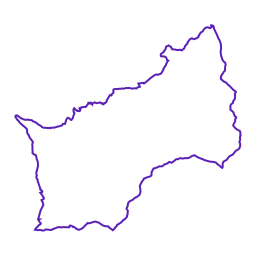 Dragoslavele, Arges, Romania (Albers equal-area conic projection)
{"feature_id": "2599482B51563470344837", "entity_name": "Dragoslavele", "entity_type": "district", "adm_level": 2, "iso_a3": "ROU", "parent_name": "Romania", "parent_adm1": "Arges", "projection": "albers", "projection_center": [25.232, 45.358], "detail": "fine", "context": "isolated", "style": "outline", "palette": "violet", "viewbox_px": 256, "rotation_deg": 0, "n_neighbors": 0, "source": "geoboundaries", "source_scale": "gbopen_adm2", "svg_char_len": 5775}
<svg xmlns="http://www.w3.org/2000/svg" viewBox="0 0 256 256"><path d="M222.9,168.3L222.5,167.6L222.7,165.7L222.7,163.5L222.9,162.9L223.6,161.5L226.6,159.9L229.0,156.7L230.7,155.6L232.9,154.5L235.9,150.6L237.1,150.2L238.9,148.8L239.5,148.2L239.8,147.2L240.2,145.4L240.1,143.5L239.4,142.1L240.2,139.2L239.9,137.3L240.6,135.5L240.2,134.8L240.5,133.7L240.1,131.5L239.9,131.1L236.6,129.2L235.2,128.0L233.3,125.8L233.3,124.7L234.7,122.3L235.1,121.3L235.2,119.2L236.1,117.8L236.2,117.3L235.9,116.8L235.0,116.3L234.5,115.8L234.5,115.2L233.9,114.1L233.6,112.6L232.2,111.1L230.5,109.8L230.3,109.3L230.5,108.1L230.3,106.3L230.5,105.5L231.2,104.3L233.0,102.8L233.2,101.1L234.3,99.8L234.9,98.6L235.1,96.0L234.9,93.5L235.9,92.0L235.1,91.0L234.0,90.4L232.5,89.0L229.1,85.5L227.8,84.6L227.0,83.5L225.7,82.3L224.7,82.0L222.5,80.6L222.2,79.9L221.2,79.3L220.8,78.6L221.1,76.2L221.4,75.4L222.9,73.4L223.8,71.7L224.8,70.9L225.0,70.5L225.1,66.9L225.6,65.3L225.5,63.7L225.1,62.6L223.6,61.4L222.3,59.5L221.8,57.6L221.2,56.0L220.7,53.0L220.7,51.2L221.1,47.8L220.9,46.5L220.9,44.4L220.7,43.6L219.5,40.2L218.0,37.7L217.6,36.2L214.1,28.8L213.7,26.8L213.1,25.8L212.3,25.4L211.0,25.4L211.1,25.9L211.7,27.0L211.6,27.3L211.2,27.6L209.5,28.1L208.1,27.3L207.2,27.3L206.3,27.5L204.6,28.5L203.7,29.6L202.8,31.3L201.1,32.3L200.0,33.6L199.4,34.6L199.3,35.2L198.8,35.6L198.3,37.1L198.0,37.4L197.5,37.5L196.9,38.2L195.7,38.5L194.2,39.2L191.8,38.3L189.8,39.3L189.1,40.4L187.8,42.0L187.4,43.4L185.2,45.9L184.2,48.5L183.2,49.1L181.9,50.4L181.3,50.3L180.5,49.7L177.5,50.1L174.9,49.5L172.2,49.3L171.9,48.9L171.0,46.9L170.0,46.5L168.7,45.4L166.0,46.8L165.8,48.5L165.1,49.9L164.5,50.5L164.3,50.6L163.8,51.3L163.8,51.9L160.9,54.1L160.7,54.9L161.0,56.2L161.6,56.4L164.4,56.4L165.2,57.0L165.7,57.1L166.3,57.9L166.7,58.8L167.0,60.0L168.1,60.6L167.8,60.8L167.3,62.1L166.3,63.7L165.9,65.2L164.9,66.5L163.9,68.2L163.5,68.6L163.2,70.3L162.6,70.8L161.8,72.6L160.4,74.0L159.4,74.1L158.7,74.6L158.0,74.8L157.1,74.5L155.9,74.6L154.7,75.1L150.9,77.8L146.2,81.9L144.1,83.4L143.6,83.4L143.2,82.8L138.4,83.5L138.6,84.2L139.7,86.0L139.9,86.8L137.8,87.3L137.2,87.7L136.6,88.4L134.5,88.3L131.8,88.6L128.9,87.8L128.1,88.1L126.1,88.0L123.6,88.7L121.7,88.5L120.3,88.8L119.5,88.7L118.2,89.1L117.0,88.9L114.1,89.2L113.4,89.7L113.3,90.7L113.5,91.5L113.4,92.8L111.7,94.3L111.5,95.3L111.2,95.5L109.9,95.1L106.9,100.0L106.6,101.5L105.5,102.8L104.9,103.1L104.3,103.0L103.6,104.2L103.4,104.1L103.3,103.8L102.7,103.5L102.7,104.0L101.7,103.6L100.1,102.4L99.7,102.6L96.3,103.2L94.8,102.3L92.6,103.4L92.3,104.4L91.4,103.0L90.9,102.6L90.3,102.7L90.4,103.5L88.6,102.7L88.4,102.8L88.6,103.3L88.6,103.5L88.2,103.5L87.7,104.5L85.7,107.0L84.2,106.9L82.8,107.2L81.4,107.2L80.7,108.6L79.6,108.2L79.5,108.6L79.9,109.1L80.1,109.7L80.1,110.6L79.6,111.1L77.4,111.0L77.3,110.5L76.1,110.2L75.2,109.5L74.8,108.6L74.4,108.3L74.2,108.8L73.7,108.9L73.7,109.6L73.4,110.3L73.7,112.1L74.5,113.3L73.5,115.5L72.9,117.9L71.5,119.9L70.8,119.8L69.4,118.4L67.8,117.8L66.8,118.9L66.3,119.7L65.0,123.9L62.8,123.9L62.3,124.9L61.8,125.5L60.5,125.8L59.5,126.3L57.4,126.6L56.5,127.0L54.0,127.7L52.0,127.6L50.5,128.2L49.6,127.7L48.3,128.2L47.4,127.9L43.4,127.7L41.9,127.0L41.2,126.1L38.7,124.7L35.0,122.0L33.0,121.3L32.3,120.5L31.7,120.2L29.6,120.0L28.0,119.6L25.7,119.9L23.0,119.2L20.1,117.6L17.3,115.5L16.2,115.5L15.5,114.8L15.8,115.3L15.4,116.6L15.8,117.5L17.5,120.1L18.4,120.6L19.8,122.8L20.6,123.5L25.1,127.3L26.8,129.0L27.0,129.7L27.2,130.7L27.0,132.1L27.9,134.2L28.6,134.9L29.5,137.3L32.8,141.8L32.9,142.5L32.4,143.5L32.3,144.6L32.5,148.1L32.4,149.0L32.7,151.9L32.5,153.2L33.7,154.2L35.5,154.9L35.5,155.3L36.1,155.7L36.5,158.4L37.7,161.5L37.9,163.0L38.1,165.3L37.3,169.0L36.9,170.0L36.9,170.6L36.4,172.1L36.4,174.4L36.8,175.5L36.3,177.0L36.7,178.5L37.5,179.2L37.5,180.4L39.6,186.7L40.5,189.0L40.2,189.3L42.2,191.1L41.9,191.4L42.1,191.6L42.1,192.2L41.2,192.7L40.4,192.8L43.1,196.5L43.3,197.2L44.0,198.2L43.6,199.0L41.5,200.1L42.0,201.0L42.2,200.9L42.4,201.9L42.8,202.7L43.4,204.9L40.6,210.4L38.2,219.0L39.3,219.2L38.2,219.7L39.6,222.0L40.8,223.4L40.8,223.7L40.1,224.5L38.8,225.2L37.5,226.7L35.7,228.4L35.1,229.8L38.0,230.2L39.8,229.9L42.7,230.6L44.8,230.2L45.5,229.5L46.0,229.4L50.9,230.0L51.8,229.8L52.3,229.3L53.0,229.3L53.6,228.8L55.7,228.1L56.9,227.5L58.7,227.1L60.0,227.1L60.4,227.4L64.6,227.1L66.3,227.3L69.3,227.2L69.3,226.5L69.6,225.8L70.2,225.5L72.0,226.0L72.4,226.2L72.7,226.8L73.8,226.9L76.0,228.3L76.2,228.7L76.7,229.0L78.9,229.8L81.5,228.8L82.6,228.1L87.7,223.0L88.4,223.3L89.7,223.2L94.0,221.8L95.7,221.6L98.1,222.5L98.9,222.6L99.7,223.4L101.3,224.3L102.1,225.0L104.5,226.1L107.4,226.4L108.1,226.3L109.6,227.9L110.3,228.5L111.6,229.1L112.7,230.2L114.0,229.2L114.5,228.6L115.4,227.1L116.5,226.3L116.8,225.8L117.0,224.9L117.2,224.7L118.4,224.3L119.0,223.7L120.5,222.9L122.1,221.5L123.2,220.1L124.6,219.4L124.9,218.9L125.5,218.5L126.8,217.0L127.0,216.5L127.1,215.3L127.6,214.5L127.7,213.7L127.5,213.1L127.9,211.0L127.8,210.5L126.5,208.9L126.5,208.5L127.7,206.0L128.0,203.3L129.6,201.3L132.9,199.7L134.4,198.2L135.9,197.3L136.4,197.3L139.4,195.0L139.9,193.9L140.3,192.6L140.5,191.3L140.2,187.9L139.9,187.0L139.8,186.3L140.3,184.7L141.4,182.8L141.6,182.0L143.5,179.7L143.7,179.3L143.7,179.0L143.8,178.7L146.8,177.4L149.7,176.6L151.4,175.6L151.6,172.2L153.5,168.5L154.3,168.5L155.8,167.8L157.4,167.4L159.3,166.3L161.2,166.4L162.4,166.2L163.6,165.3L164.4,164.3L165.5,164.2L166.5,163.9L167.4,163.1L167.8,163.1L169.1,161.9L171.6,162.7L174.8,160.5L175.7,159.5L176.8,159.1L178.2,159.2L178.7,158.7L180.4,158.1L182.6,158.6L184.6,158.2L188.1,158.1L189.5,157.6L192.5,155.7L193.7,155.6L194.6,155.3L197.6,157.2L201.5,158.8L202.6,159.1L204.2,160.0L209.8,161.6L213.4,161.9L215.8,162.5L217.6,164.3L220.5,166.4L221.2,167.2L222.9,168.3Z" fill="none" stroke="#5b21b6" stroke-width="2"/></svg>